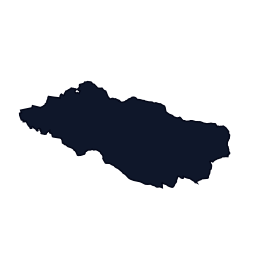 outline of Eremitu, Mures, Romania, rotated 35°
{"feature_id": "2599482B4577916371585", "entity_name": "Eremitu", "entity_type": "district", "adm_level": 2, "iso_a3": "ROU", "parent_name": "Romania", "parent_adm1": "Mures", "projection": "equal_earth", "projection_center": [24.922, 46.656], "detail": "fine", "context": "isolated", "style": "filled", "palette": "ink", "viewbox_px": 256, "rotation_deg": 35, "n_neighbors": 0, "source": "geoboundaries", "source_scale": "gbopen_adm2", "svg_char_len": 5730}
<svg xmlns="http://www.w3.org/2000/svg" viewBox="0 0 256 256"><g transform="rotate(35 128 128)"><path d="M92.8,176.6L94.6,176.4L95.5,176.5L96.7,177.0L97.0,176.6L97.8,176.9L99.3,177.4L102.2,179.2L102.5,179.1L102.6,178.7L103.1,178.8L103.4,178.7L104.2,177.8L104.4,177.8L104.8,177.5L104.9,177.3L105.4,176.8L106.7,175.0L107.2,174.5L107.3,173.6L106.8,173.2L106.8,172.2L106.7,171.5L107.2,170.9L107.2,170.0L107.8,169.5L107.9,168.9L108.1,168.6L109.7,167.6L110.8,166.0L112.7,165.5L113.2,164.7L114.6,163.9L117.0,163.5L117.6,163.6L118.3,163.5L118.9,163.3L120.2,164.2L123.0,164.8L124.5,166.2L124.9,167.3L126.7,168.3L129.6,169.6L130.3,169.3L133.2,167.4L136.0,167.2L138.2,166.7L139.4,167.1L141.4,167.1L142.1,166.8L144.1,166.8L148.6,167.2L149.9,167.7L151.6,167.5L153.1,167.6L157.2,168.5L159.2,168.4L162.7,167.5L168.5,165.0L170.2,164.6L173.8,164.1L174.5,163.9L176.2,162.9L178.7,160.9L181.1,160.6L183.1,159.8L184.6,159.9L185.6,159.7L187.7,157.9L188.2,157.7L190.3,157.2L187.5,153.7L187.5,153.2L188.3,153.3L191.0,152.5L191.5,152.2L194.1,152.3L195.9,151.9L197.6,151.4L198.5,150.8L198.8,149.9L198.7,148.5L198.3,146.7L198.5,145.1L198.4,144.3L197.4,142.7L197.4,142.1L197.0,140.7L196.7,140.0L196.6,139.0L196.6,138.8L198.9,138.1L199.3,138.2L200.1,138.4L201.3,138.0L201.6,137.8L201.9,137.6L201.9,137.4L201.8,137.2L201.8,136.9L201.1,135.9L205.1,134.9L207.8,133.7L209.3,133.8L212.6,133.6L213.3,133.7L214.4,134.1L214.5,133.9L215.2,133.5L215.9,133.4L214.9,133.0L214.9,132.9L214.9,132.2L215.5,131.2L216.4,129.4L217.2,128.5L217.4,127.9L217.4,127.5L217.5,127.2L218.1,126.7L222.1,123.3L222.1,123.0L222.0,122.2L221.7,122.0L221.4,121.4L221.2,120.8L220.8,118.4L219.1,115.1L219.5,114.3L219.3,113.4L218.2,111.3L217.6,110.9L217.6,110.5L216.4,110.0L214.3,108.5L214.9,107.4L216.9,107.1L216.9,106.3L217.4,104.5L218.2,103.1L218.8,101.6L219.2,101.5L219.5,100.9L221.2,98.9L221.3,98.5L221.7,97.3L223.1,96.4L224.4,95.2L226.1,94.2L225.9,93.9L226.0,93.7L226.0,93.4L225.8,93.2L225.0,93.1L224.9,93.0L224.9,92.7L225.4,92.3L225.4,92.1L225.3,91.6L225.9,91.0L225.8,90.6L225.6,90.3L225.3,90.0L224.8,89.7L224.0,89.6L223.6,89.3L223.1,88.4L222.9,88.1L222.4,87.8L221.5,86.8L221.0,86.6L220.6,86.0L220.3,85.9L219.6,85.8L218.9,84.9L218.5,84.3L217.4,82.5L217.3,82.0L217.2,81.8L217.2,80.7L216.8,80.2L216.8,79.6L216.9,78.7L215.2,75.5L213.5,74.9L212.4,73.2L208.0,71.8L205.0,71.8L203.9,73.0L202.9,73.6L202.4,74.3L200.7,74.9L200.4,75.9L197.2,74.5L196.2,75.0L195.1,75.8L193.4,76.5L192.6,77.2L192.1,77.8L191.4,78.3L190.2,79.4L188.5,80.1L187.3,80.7L185.2,81.1L183.5,81.6L182.3,82.4L179.8,84.1L177.0,85.0L176.2,85.4L175.0,86.2L174.6,86.9L173.8,87.7L171.8,89.3L170.2,89.6L169.7,90.0L168.9,90.4L168.0,90.3L167.6,90.2L166.9,90.2L166.2,89.8L164.8,89.5L164.2,89.6L163.8,90.5L163.1,90.9L162.8,91.6L159.5,92.6L157.0,92.4L153.8,93.2L149.9,93.1L148.8,92.2L146.7,90.1L145.3,89.2L143.0,89.6L141.2,89.6L140.6,89.7L140.0,90.2L138.9,90.7L138.4,90.8L138.0,91.0L137.2,91.1L136.3,91.5L135.3,92.6L134.6,93.1L133.8,92.9L133.4,92.9L132.2,93.4L130.1,94.8L129.5,95.0L126.7,96.2L125.5,96.3L125.0,96.6L124.5,97.1L123.8,97.2L121.6,98.0L120.8,98.4L119.4,99.3L118.9,99.4L117.6,99.0L117.2,99.0L116.6,99.0L116.0,99.1L114.9,99.6L113.9,100.5L113.7,100.7L113.7,101.4L113.6,101.5L113.1,102.4L112.0,103.9L111.8,104.4L111.7,105.6L111.5,106.0L110.8,106.7L110.5,108.0L110.3,108.4L108.8,110.1L107.5,110.9L107.1,111.0L106.2,110.8L105.1,110.5L103.9,110.8L104.1,111.1L103.3,111.0L102.8,111.1L101.0,111.3L100.4,111.8L99.8,112.4L99.6,112.4L99.4,112.3L99.1,112.3L98.4,112.6L97.3,113.8L96.8,114.6L96.4,114.8L95.9,114.7L95.0,114.2L93.6,113.9L91.1,112.3L90.2,111.6L88.5,110.6L87.3,111.0L86.0,111.0L83.9,110.3L82.5,111.5L81.6,112.1L80.4,112.7L79.6,112.7L78.6,112.3L76.6,112.0L75.6,111.7L75.2,111.7L73.5,112.3L72.8,112.0L72.2,111.7L71.6,111.6L71.0,111.8L70.1,112.2L69.6,112.7L68.8,112.9L68.4,113.1L68.0,113.7L66.9,114.8L66.2,115.3L66.2,115.7L66.4,116.3L66.1,117.1L65.8,117.5L63.7,119.9L63.5,120.2L63.9,121.0L64.5,120.7L64.6,120.8L64.7,122.5L64.8,123.2L64.8,123.8L64.4,125.0L64.7,125.3L65.7,125.5L67.6,125.1L67.7,126.9L68.1,127.8L66.4,128.3L66.2,128.2L66.0,128.6L65.3,129.1L65.0,129.3L64.8,129.2L63.4,128.5L63.2,128.1L63.3,127.1L63.4,126.7L63.6,126.3L63.4,126.0L62.6,126.1L62.6,126.3L62.5,126.6L61.6,126.6L61.3,126.9L60.7,126.9L60.2,127.3L59.8,127.4L59.7,127.6L58.9,127.7L58.6,127.9L58.6,128.1L58.7,128.5L58.6,128.8L58.2,129.3L57.9,130.2L57.5,130.8L57.3,131.1L57.4,131.5L56.6,132.7L56.5,133.0L56.1,133.4L56.0,133.7L56.2,134.1L56.3,136.2L56.8,137.4L56.6,137.8L56.4,138.0L56.4,138.5L54.0,138.5L53.8,139.4L54.1,140.8L55.1,142.4L50.0,145.2L44.8,147.8L45.1,149.2L45.6,149.9L45.9,150.7L45.9,151.4L46.2,152.6L46.9,153.6L46.9,154.3L46.8,154.5L46.5,155.7L46.6,156.2L46.9,156.8L46.9,157.2L46.3,158.0L46.1,158.8L45.1,160.8L44.9,160.8L44.5,161.9L43.9,161.8L37.0,164.5L37.8,166.6L29.9,175.0L31.9,176.6L30.8,178.1L32.1,179.7L36.0,182.5L36.3,182.4L37.1,181.7L38.4,182.7L38.4,182.4L38.3,182.0L38.5,181.9L39.2,182.2L39.4,182.2L39.8,182.1L40.2,181.6L40.4,181.0L40.6,180.9L41.0,181.2L41.5,181.3L42.3,181.7L43.3,182.3L44.6,182.9L45.1,183.1L47.1,183.5L47.6,183.8L47.8,184.1L48.3,184.2L49.2,183.4L48.9,183.1L48.6,181.8L48.9,181.6L49.9,181.6L50.6,181.9L51.2,181.8L53.5,181.8L54.0,182.0L54.4,182.4L55.3,182.4L55.5,182.3L55.7,181.8L54.8,181.1L54.6,180.9L54.7,180.3L55.4,179.3L55.7,179.5L56.5,179.1L57.2,180.2L57.3,180.2L57.5,179.8L57.7,179.7L57.8,179.7L58.5,180.8L59.0,180.9L59.3,181.0L59.8,181.8L59.8,182.1L60.2,182.2L63.5,180.8L63.8,180.5L64.4,179.7L64.0,178.8L64.1,178.0L64.4,177.5L64.4,177.2L64.7,176.3L65.0,176.1L65.3,175.0L66.7,176.8L68.6,176.3L69.2,176.6L71.1,178.3L72.1,178.0L78.0,175.1L79.4,174.8L80.1,175.2L81.1,175.7L83.0,177.8L84.1,177.6L85.1,177.8L86.0,177.7L86.3,177.3L86.5,177.3L89.4,177.6L92.8,176.6Z" fill="#0f172a" stroke="#020617" stroke-width="1.5"/></g></svg>